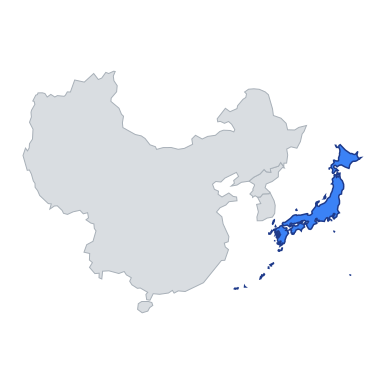 Japan and the surrounding countries
{"feature_id": "JPN", "entity_name": "Japan", "entity_type": "country or territory", "adm_level": 0, "iso_a3": "JPN", "parent_name": "Asia", "parent_adm1": "", "projection": "orthographic", "projection_center": [135.292, 34.888], "detail": "fine", "context": "with_neighbors", "style": "filled", "palette": "blue", "viewbox_px": 384, "rotation_deg": 0, "n_neighbors": 3, "source": "natural_earth", "source_scale": "50m", "svg_char_len": 9403}
<svg xmlns="http://www.w3.org/2000/svg" viewBox="0 0 384 384"><path d="M280.7,162.5L284.4,168.0L282.5,167.5L278.4,172.0L278.3,176.9L272.3,181.4L266.2,184.0L265.1,187.7L269.9,192.3L269.0,193.9L262.8,194.2L260.4,197.2L257.6,197.3L255.1,195.7L252.6,197.4L252.6,196.1L249.9,194.0L253.1,190.4L252.8,189.1L254.5,185.5L254.3,184.4L249.0,181.2L253.8,177.2L260.0,174.0L264.1,169.5L266.3,171.8L270.8,172.4L270.3,168.7L278.4,166.2L280.7,162.5Z" fill="#d9dde1" stroke="#a8b0b8" stroke-width="1"/><path d="M257.6,197.3L260.4,197.2L262.8,194.2L269.0,193.9L269.9,192.3L274.1,200.8L275.2,205.4L274.7,213.4L272.4,217.1L267.1,218.1L262.4,220.7L257.2,220.8L256.9,217.0L258.4,211.9L256.6,204.4L260.8,203.6L257.6,197.3Z" fill="#d9dde1" stroke="#a8b0b8" stroke-width="1"/><path d="M142.2,312.8L137.6,309.4L138.3,303.7L141.7,301.5L148.4,301.5L151.8,302.5L152.8,305.4L149.7,307.6L147.8,311.1L142.2,312.8ZM65.3,95.4L67.3,91.9L70.4,92.0L74.7,80.0L84.3,82.1L93.7,73.5L98.3,79.5L101.7,78.1L105.8,72.4L108.7,73.5L113.7,71.2L115.2,71.5L113.3,76.0L113.9,80.7L117.2,85.7L116.6,91.8L111.2,98.1L110.9,101.4L119.0,108.2L121.5,114.3L123.5,116.2L122.4,122.8L122.9,127.6L135.3,134.5L141.3,135.9L145.1,138.5L150.0,144.8L155.4,146.7L156.6,149.4L163.1,147.6L171.2,147.5L178.2,149.3L184.3,148.4L192.6,144.3L191.8,139.0L195.5,135.3L202.2,139.0L207.7,136.4L215.4,135.3L219.8,131.5L223.5,130.2L230.3,130.5L233.8,131.9L234.8,129.6L231.6,124.2L228.5,121.5L224.5,123.3L220.4,121.4L217.7,121.8L217.2,118.8L225.4,108.3L230.0,111.7L237.0,108.6L237.6,105.7L243.0,99.3L245.8,97.5L246.5,93.9L244.6,92.0L248.6,89.2L253.9,88.8L259.3,89.3L265.2,91.9L268.4,94.7L272.5,108.8L273.4,115.5L281.0,118.2L286.1,123.3L287.6,129.8L294.7,130.0L298.8,127.4L306.5,125.5L304.0,131.6L302.1,134.1L300.4,141.6L296.9,148.2L291.0,146.8L286.7,149.1L287.7,155.0L286.6,163.1L283.9,163.2L283.8,166.7L280.7,162.5L278.4,166.2L270.3,168.7L270.8,172.4L266.3,171.8L264.1,169.5L260.0,174.0L253.8,177.2L249.0,181.2L241.4,182.3L237.1,185.0L231.1,186.1L234.4,183.3L233.7,180.5L238.6,176.4L236.4,172.4L224.9,178.1L220.9,182.0L215.8,181.5L212.5,184.2L214.4,189.3L218.5,191.2L218.1,194.3L222.0,197.0L228.8,193.0L233.2,196.4L236.6,197.0L237.0,200.8L229.0,201.7L225.9,205.0L220.1,207.7L216.5,212.0L221.9,216.8L223.1,223.9L228.9,236.6L228.2,241.7L224.3,243.1L225.3,247.0L228.5,249.6L224.8,260.3L221.4,260.5L203.5,282.7L185.2,291.5L178.2,290.9L174.1,293.1L172.4,290.4L168.5,293.0L159.6,294.3L153.2,293.7L150.0,300.2L146.7,299.7L145.9,294.5L147.7,292.3L140.3,288.0L137.3,288.3L131.9,284.8L129.7,281.3L131.3,277.7L126.4,274.9L124.2,271.5L118.8,273.5L108.9,270.8L102.6,271.2L101.8,279.0L99.0,277.7L99.2,273.2L94.9,273.6L89.5,267.4L92.4,262.6L89.4,260.0L89.7,253.5L84.0,252.2L86.7,244.7L93.0,241.3L96.0,230.9L94.3,228.4L93.9,223.9L90.9,223.1L86.0,219.8L88.5,217.8L87.6,212.7L83.3,213.8L80.0,210.3L73.2,211.8L67.5,214.4L63.5,213.3L62.2,210.5L57.3,205.8L54.4,206.0L49.8,209.1L51.3,203.9L48.3,203.6L39.7,195.5L37.6,190.6L35.1,187.3L35.0,183.4L33.3,180.9L31.4,174.1L29.4,170.0L27.2,170.3L23.0,155.5L25.5,148.1L27.5,150.9L29.2,147.9L29.5,143.7L32.5,139.1L33.0,129.2L29.5,122.3L31.4,117.0L31.0,112.3L31.6,110.1L34.9,104.3L34.1,101.4L32.8,101.0L35.8,95.1L37.4,94.6L38.0,92.9L42.3,92.8L44.9,93.5L47.2,97.0L50.8,94.4L54.8,97.0L57.4,95.6L64.1,96.3L65.3,95.4Z" fill="#d9dde1" stroke="#a8b0b8" stroke-width="1"/><path d="M338.8,173.4L340.0,173.2L339.8,175.3L340.2,177.9L340.4,178.7L342.3,180.8L343.6,184.2L343.7,186.7L343.5,188.9L342.3,190.0L341.7,191.5L341.5,194.0L339.6,194.6L338.8,195.9L338.7,197.3L339.5,200.6L339.5,203.1L339.4,203.9L338.1,205.9L337.5,209.4L337.8,210.6L339.4,212.8L338.1,213.4L337.1,214.5L336.9,216.2L336.6,216.8L335.0,217.9L334.2,218.9L333.8,218.8L333.5,218.5L333.8,218.1L333.6,216.1L335.0,214.0L334.4,213.5L333.5,213.6L333.2,214.8L332.5,215.4L332.7,216.0L333.1,216.5L332.8,217.2L331.6,216.2L330.3,216.4L329.7,217.3L329.5,219.5L328.9,220.5L328.1,221.1L327.7,220.5L327.8,218.6L328.4,218.2L327.3,217.6L326.5,217.9L324.7,220.4L324.4,221.4L320.7,221.0L317.9,221.6L319.2,220.7L319.1,220.3L317.7,220.3L317.3,219.9L317.2,220.7L316.8,220.6L316.7,218.9L316.9,218.5L316.4,218.4L315.7,218.8L314.9,221.0L316.9,222.7L316.8,223.4L313.7,224.5L311.4,228.8L310.1,229.4L308.7,228.9L306.8,225.7L306.6,223.8L307.8,222.9L308.5,221.5L308.1,221.2L306.3,221.4L304.6,220.4L301.7,220.8L300.1,222.0L297.1,222.7L295.3,223.5L294.6,223.3L292.5,223.9L291.2,223.1L290.6,223.3L290.1,223.9L289.5,226.6L287.2,225.0L284.2,225.7L283.3,225.1L282.4,225.4L282.4,223.4L283.1,222.5L285.1,222.4L290.4,218.4L293.0,215.7L294.3,215.1L296.2,214.8L296.8,215.5L298.2,215.1L300.3,215.2L307.1,213.6L307.6,213.7L307.4,214.7L307.9,215.1L310.0,215.3L311.2,214.5L312.3,213.4L311.8,211.9L312.1,211.0L315.6,206.6L315.9,205.1L315.7,203.4L316.4,202.1L319.0,201.1L319.1,201.7L316.7,203.9L317.2,204.6L317.4,205.9L318.7,206.4L319.2,206.3L320.1,205.0L324.6,203.0L326.3,201.2L327.6,198.6L330.1,196.7L330.8,193.9L332.2,191.1L332.7,188.7L333.3,187.4L333.4,185.9L332.9,184.3L331.6,183.9L332.4,183.2L332.9,181.5L332.3,179.6L332.5,178.7L334.1,177.4L334.3,176.2L334.1,175.2L334.5,174.7L335.8,174.9L336.2,176.9L336.5,177.4L337.5,176.5L338.5,176.9L339.0,176.1L339.0,174.6L338.7,174.4L336.7,175.2L336.6,174.4L337.2,172.6L338.8,173.4ZM350.4,153.6L351.8,153.5L353.8,154.4L354.9,154.5L355.7,154.0L357.8,151.4L357.0,154.7L357.0,155.4L357.3,156.1L358.6,158.4L359.3,158.5L360.2,157.7L361.0,157.6L360.0,158.4L359.5,159.2L358.7,159.3L356.7,160.7L355.3,161.2L353.1,161.3L352.0,162.0L350.2,164.1L349.6,165.4L349.2,167.8L348.9,168.4L345.0,166.9L341.4,164.9L339.2,165.3L337.1,166.8L335.6,165.4L334.4,165.5L333.8,166.3L333.7,167.3L334.8,168.4L335.9,168.4L338.2,170.5L337.4,171.0L335.7,170.5L333.8,173.1L333.2,173.4L332.6,173.1L332.3,172.4L332.8,170.0L332.4,169.0L331.2,167.6L331.2,165.5L331.4,165.0L332.5,164.3L334.0,162.7L334.2,162.1L333.7,161.3L333.6,160.3L334.1,160.1L335.8,160.9L337.5,161.0L338.3,160.8L338.6,160.2L338.6,157.7L339.6,155.0L339.5,153.4L339.9,151.8L339.9,150.2L339.5,148.7L338.7,147.3L339.0,145.5L340.2,144.7L345.4,150.1L350.4,153.6ZM283.2,227.5L284.9,228.3L286.2,227.8L286.8,228.2L286.9,228.9L285.8,230.4L287.9,230.6L287.6,231.6L288.2,232.1L287.9,232.6L288.5,233.3L286.4,236.1L285.0,240.1L285.0,241.6L284.2,243.4L282.6,243.1L282.4,243.5L282.7,244.4L280.2,246.0L280.9,244.2L280.5,242.1L281.0,241.8L280.9,241.2L280.2,241.1L279.6,242.1L279.4,243.2L280.0,244.2L279.7,244.8L277.4,243.9L277.1,243.1L278.0,242.8L278.2,241.8L277.5,240.6L277.6,238.3L278.8,237.5L280.4,234.8L279.6,234.5L280.0,234.0L279.9,233.3L279.0,231.4L278.2,230.8L277.6,231.2L277.8,233.0L278.6,233.1L278.7,234.1L278.1,234.3L277.0,233.6L275.3,234.9L275.7,233.8L274.9,232.7L274.9,231.4L275.7,232.6L276.7,233.0L276.2,231.8L274.4,230.2L274.6,229.4L276.0,229.6L275.9,228.8L278.0,227.8L279.1,227.6L279.9,226.3L281.2,225.7L282.6,226.1L283.2,227.5ZM302.4,224.0L304.0,224.2L304.2,226.8L304.5,227.0L302.4,228.5L301.6,229.7L301.3,231.0L300.0,229.6L298.1,229.1L296.0,230.1L295.2,232.0L294.4,232.7L294.2,233.7L293.1,234.3L292.2,234.2L292.6,233.2L291.4,233.1L291.4,232.5L291.0,232.1L291.5,230.5L290.9,230.2L291.0,229.5L288.7,230.1L292.4,227.7L293.2,225.6L294.1,225.0L295.2,226.2L295.6,226.1L297.8,225.6L298.2,224.8L298.0,224.0L298.6,224.0L300.0,223.3L300.7,223.2L302.4,224.0ZM263.9,275.4L261.4,276.6L261.6,277.4L260.9,277.9L260.9,278.6L260.0,278.9L260.6,276.6L262.0,275.6L261.7,275.4L261.8,274.9L263.0,275.2L264.0,273.8L264.5,274.3L263.9,275.4ZM324.6,198.8L323.9,198.8L324.2,198.6L324.4,197.8L324.0,197.6L324.0,197.1L325.3,195.4L325.1,197.0L325.8,197.1L325.4,198.2L324.6,198.8ZM271.9,264.6L271.3,265.6L270.1,264.7L273.4,263.0L273.5,263.6L271.9,264.6ZM277.7,236.6L276.5,237.6L276.3,237.2L276.6,236.9L276.4,236.5L276.7,235.3L277.6,235.2L277.7,236.6ZM305.7,223.8L305.0,224.4L304.5,224.3L304.1,223.7L305.1,222.5L306.1,222.0L305.5,223.0L305.7,223.8ZM279.6,251.2L278.5,251.1L278.2,250.3L278.9,249.7L279.8,250.3L279.9,250.5L279.6,251.2ZM274.3,221.0L273.6,222.6L273.1,222.1L273.5,220.5L274.3,220.0L274.3,221.0ZM281.7,250.4L281.1,250.4L281.1,250.0L282.4,247.4L282.3,248.7L281.7,250.4ZM268.9,233.0L269.9,233.2L270.2,234.0L269.0,234.2L268.8,233.8L268.9,233.0ZM273.0,223.9L272.6,224.1L272.5,223.7L272.8,222.5L273.4,222.8L273.0,223.9ZM235.6,289.1L234.3,288.9L234.3,288.7L235.0,288.1L235.9,288.6L235.6,289.1ZM296.9,210.3L296.2,210.4L295.9,210.1L296.0,209.6L296.5,209.3L296.9,210.3ZM271.3,232.7L270.9,231.9L271.7,230.7L272.0,231.7L271.3,232.7ZM238.4,287.3L237.8,288.8L237.2,288.9L236.9,288.2L237.7,288.1L238.4,287.3ZM268.9,268.3L268.3,268.2L268.4,267.0L268.7,267.0L268.9,268.3ZM337.4,147.4L336.5,147.4L336.5,147.0L337.0,146.8L337.4,147.4ZM278.8,236.1L278.3,236.1L278.0,235.8L278.8,235.3L279.3,235.5L278.8,236.1ZM329.4,169.0L329.2,169.0L329.1,168.2L329.8,167.9L329.4,169.0ZM289.9,225.9L290.5,226.2L291.2,226.1L290.7,226.6L289.9,226.4L289.9,225.9ZM336.0,145.4L335.9,146.6L335.5,145.3L336.0,145.4ZM273.9,230.2L273.2,230.5L273.8,229.5L274.4,229.3L273.9,230.2ZM245.6,287.0L244.5,287.0L244.6,286.0L244.9,286.5L245.6,287.0ZM275.9,226.7L275.5,226.9L275.2,226.7L275.5,225.9L275.9,226.7ZM302.5,222.1L301.8,222.8L301.4,222.1L302.2,222.0L302.5,222.1ZM271.0,265.8L270.5,265.7L270.3,265.1L270.7,265.2L271.0,265.8ZM331.6,220.2L331.6,220.5L331.3,220.5L331.1,219.9L331.6,220.2ZM275.1,240.3L274.5,241.3L274.6,240.8L275.1,240.3ZM291.9,224.4L291.9,225.0L291.4,224.9L291.9,224.4ZM334.4,231.8L334.0,231.6L334.0,231.3L334.5,231.5L334.4,231.8ZM350.5,275.0L350.6,275.7L350.2,275.0L350.5,275.0Z" fill="#3b82f6" stroke="#1e3a8a" stroke-width="1.5"/></svg>